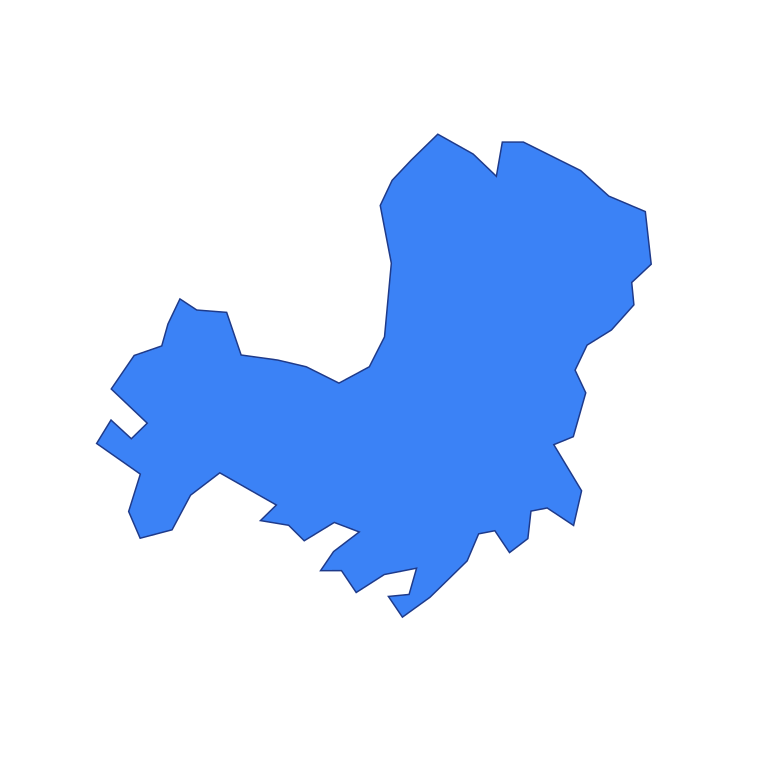 Altinsay, Surkhandarya, Uzbekistan, rotated 77°
{"feature_id": "79887680B9573461396891", "entity_name": "Altinsay", "entity_type": "district", "adm_level": 2, "iso_a3": "UZB", "parent_name": "Uzbekistan", "parent_adm1": "Surkhandarya", "projection": "albers", "projection_center": [67.734, 38.171], "detail": "fine", "context": "isolated", "style": "filled", "palette": "blue", "viewbox_px": 768, "rotation_deg": 77, "n_neighbors": 0, "source": "geoboundaries", "source_scale": "gbopen_adm2", "svg_char_len": 1008}
<svg xmlns="http://www.w3.org/2000/svg" viewBox="0 0 768 768"><g transform="rotate(77 384 384)"><path d="M615.3,418.5L602.1,387.1L575.1,342.8L551.3,325.5L551.9,309.0L576.5,299.6L567.0,278.6L540.9,269.4L541.5,252.9L564.5,231.1L532.5,215.5L481.3,232.2L477.9,211.4L438.0,189.4L413.5,194.7L391.8,177.4L382.5,150.2L363.1,122.7L340.8,119.8L327.4,96.7L274.8,90.6L251.5,122.7L220.4,144.3L179.6,193.8L174.9,214.3L206.9,227.8L180.0,245.4L152.7,275.4L171.9,307.0L187.4,330.3L209.2,347.5L268.0,349.7L338.2,372.9L363.9,394.4L373.0,427.7L349.8,455.8L336.8,482.1L323.6,516.7L278.8,521.2L269.8,549.8L255.2,563.7L276.9,581.0L296.9,592.0L300.0,621.0L327.5,650.9L368.9,623.5L380.5,642.5L357.7,658.1L377.3,677.4L417.0,641.7L450.8,661.5L479.4,656.3L478.4,623.3L448.8,597.5L433.6,564.0L477.7,516.1L489.3,535.1L500.2,508.7L518.8,497.0L507.7,463.6L522.6,441.4L535.9,470.8L551.6,487.8L556.3,467.4L580.9,458.0L569.7,426.6L570.8,393.7L594.7,406.9L592.0,427.5L615.3,418.5Z" fill="#3b82f6" stroke="#1e3a8a" stroke-width="1.5"/></g></svg>